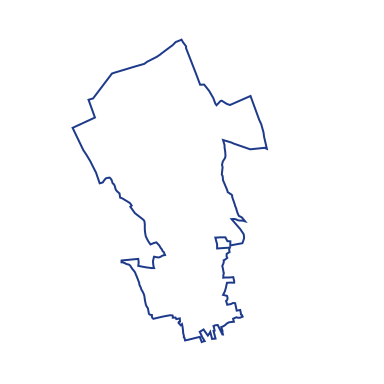 outline of Tixcacalcupul, Yucatán, Mexico, rotated 155°
{"feature_id": "50627088B72641444034530", "entity_name": "Tixcacalcupul", "entity_type": "district", "adm_level": 2, "iso_a3": "MEX", "parent_name": "Mexico", "parent_adm1": "Yucatán", "projection": "robinson", "projection_center": [-88.305, 20.412], "detail": "fine", "context": "isolated", "style": "outline", "palette": "blue", "viewbox_px": 384, "rotation_deg": 155, "n_neighbors": 0, "source": "geoboundaries", "source_scale": "gbopen_adm2", "svg_char_len": 5822}
<svg xmlns="http://www.w3.org/2000/svg" viewBox="0 0 384 384"><g transform="rotate(155 192 192)"><path d="M273.1,300.6L272.8,275.8L272.0,270.7L271.2,263.2L270.8,249.9L271.0,248.2L272.0,238.9L270.5,238.6L270.0,238.5L269.4,238.5L268.8,238.4L268.5,238.5L267.9,239.0L266.7,239.6L266.3,239.9L265.6,240.2L265.0,240.5L264.5,240.7L264.2,240.7L263.3,240.7L262.7,240.5L262.4,240.4L262.1,240.2L261.8,240.2L261.1,240.1L260.9,240.0L260.5,239.7L259.9,237.9L259.8,237.4L259.9,236.5L259.9,235.5L260.2,234.2L260.2,233.3L259.8,232.5L259.5,232.1L259.5,231.0L259.5,229.8L259.5,229.6L259.7,229.0L259.9,227.9L260.0,226.9L260.1,226.2L260.0,225.8L259.8,225.0L259.7,224.7L259.6,224.2L259.4,223.7L259.0,223.0L258.8,222.3L258.7,222.1L258.6,221.9L258.3,221.4L258.4,221.1L259.5,217.3L258.1,215.9L257.6,215.3L257.0,214.4L253.3,208.8L252.9,208.0L252.7,207.3L252.6,206.2L252.4,205.2L254.1,204.7L252.7,197.0L248.9,189.6L247.7,187.1L247.5,185.9L247.7,184.7L248.0,184.1L248.2,183.4L248.6,182.2L249.2,181.1L250.8,177.5L251.8,174.5L252.0,173.7L252.6,171.5L252.6,168.3L252.4,165.4L252.2,164.2L251.8,162.0L248.8,161.9L248.2,161.9L247.9,161.8L247.3,161.7L246.4,161.6L245.5,161.3L245.2,160.1L244.7,158.7L244.6,158.4L244.4,157.9L244.3,157.4L244.2,156.5L244.2,156.4L244.1,155.5L244.0,154.2L243.8,153.7L243.6,152.9L243.6,152.2L243.6,151.3L243.6,150.9L243.3,150.1L243.0,149.4L242.9,148.9L243.0,148.5L243.0,148.3L243.1,147.5L243.0,147.0L243.0,146.8L243.1,146.2L243.9,146.5L244.3,146.6L245.8,146.8L246.2,146.8L247.2,146.6L247.7,146.6L248.3,146.6L248.5,146.6L249.0,146.6L249.5,146.7L249.9,146.8L250.3,147.0L250.7,147.3L250.9,147.4L251.7,147.9L252.3,148.3L252.5,148.5L252.8,148.8L253.8,149.4L256.6,145.8L257.5,143.4L258.1,141.5L258.4,140.4L258.5,139.1L261.1,140.3L263.7,142.0L265.3,143.0L271.9,147.7L270.0,150.9L269.0,154.1L284.8,159.7L285.6,158.1L285.1,157.8L284.3,157.3L283.8,156.7L282.9,156.0L282.3,154.9L281.7,154.4L281.4,154.0L281.1,153.8L280.8,153.6L280.2,153.1L279.8,152.7L279.5,152.2L279.1,151.3L279.0,150.2L278.9,149.4L278.7,148.9L278.7,148.1L278.5,147.0L278.3,146.4L278.1,145.9L278.0,145.4L277.6,143.3L277.6,142.7L277.7,141.4L277.8,140.8L277.8,139.7L277.7,139.0L277.9,138.1L277.9,136.6L278.1,134.7L278.2,132.3L278.4,131.6L278.6,131.3L278.8,130.3L278.9,129.5L278.8,128.8L278.9,128.3L278.8,127.9L278.8,127.5L278.9,126.7L279.0,125.9L279.1,125.0L279.0,123.7L278.9,123.2L278.8,121.9L278.8,120.5L279.1,118.0L280.4,113.8L281.5,109.1L281.4,107.0L281.3,106.2L281.1,105.3L281.3,104.5L282.5,99.9L282.1,98.7L280.3,97.4L281.1,95.9L281.1,94.6L280.6,93.4L271.4,91.5L264.8,89.8L263.4,89.3L261.8,88.3L262.0,87.1L262.3,86.5L262.5,86.2L260.0,85.2L259.9,83.4L256.5,82.6L257.6,79.6L258.8,79.8L259.5,79.2L259.3,78.3L258.6,76.0L256.9,76.5L257.6,73.6L258.5,70.8L259.8,67.3L260.0,65.5L260.8,63.7L260.4,63.3L261.0,60.4L257.4,59.6L252.3,58.6L248.2,57.8L246.2,57.4L246.6,51.9L244.7,51.8L243.6,51.5L243.7,53.2L244.1,56.5L244.0,58.6L244.0,59.9L244.1,62.0L239.6,62.5L239.2,59.9L238.3,55.2L237.1,55.8L235.7,56.7L234.6,57.5L235.9,50.3L235.0,50.1L234.4,49.8L234.0,49.8L233.6,49.5L232.6,49.2L231.2,57.0L230.1,56.8L229.3,60.1L229.2,61.4L227.4,61.4L224.9,60.6L224.7,51.6L224.7,50.1L224.2,49.8L223.8,51.7L223.0,53.4L222.6,57.2L220.8,57.1L218.5,57.3L216.0,58.1L213.7,58.3L210.8,57.4L208.9,56.7L208.3,59.8L204.7,59.7L203.5,58.6L201.7,57.8L198.8,57.6L198.7,59.2L199.4,60.3L198.8,62.0L198.2,64.7L201.6,65.6L199.9,73.0L201.8,74.1L204.1,74.0L206.4,74.6L207.7,74.9L207.4,76.8L207.2,78.8L206.2,79.1L205.3,79.8L204.7,80.6L204.4,81.5L204.2,83.1L207.3,85.6L204.3,88.0L201.9,90.7L198.7,94.9L195.8,93.8L192.1,92.0L191.4,93.5L190.6,97.4L192.6,98.1L195.8,99.4L197.8,100.4L199.9,101.1L198.6,103.6L197.4,105.0L197.4,105.6L196.4,109.4L195.8,112.2L193.9,113.8L192.6,115.4L192.2,116.7L191.0,116.7L187.9,117.4L187.8,119.3L186.7,121.3L183.3,121.7L182.7,124.1L181.2,125.6L193.1,130.2L191.2,134.4L190.9,136.7L190.1,140.8L187.5,139.7L185.8,139.1L180.9,136.8L180.7,132.5L178.1,131.1L179.9,127.4L168.0,124.3L167.5,124.7L167.1,125.2L166.6,125.6L166.0,126.3L164.7,127.7L164.1,128.5L163.0,131.9L164.0,138.2L164.3,139.2L167.6,150.7L167.0,150.5L166.3,150.2L165.6,149.9L164.9,149.6L164.5,149.3L164.2,149.0L163.4,148.3L163.2,148.0L163.0,147.7L162.9,147.5L162.3,147.0L161.8,146.6L160.9,146.0L160.4,145.7L159.6,145.4L159.0,145.0L158.4,144.7L157.7,144.3L156.9,143.5L156.3,143.0L156.5,143.8L156.6,144.1L156.7,144.6L156.8,144.9L156.9,145.4L157.1,146.0L157.2,146.6L157.3,147.0L157.4,147.3L157.4,147.5L157.8,148.1L158.0,148.5L158.4,149.1L159.1,149.8L159.5,150.2L159.7,151.7L159.6,152.5L159.6,153.2L159.6,153.4L159.6,153.8L159.6,154.0L159.5,154.5L159.4,155.6L159.3,155.9L159.3,156.5L159.2,157.2L159.0,157.6L158.9,158.3L158.9,158.5L158.9,159.2L158.8,159.6L158.8,159.9L158.8,160.2L158.8,160.7L158.8,161.2L158.6,162.1L158.4,163.2L158.4,164.1L158.3,164.7L158.2,165.3L158.1,166.2L158.1,166.9L158.0,167.3L158.0,167.9L157.8,169.2L157.7,170.0L157.7,170.7L157.4,171.2L157.1,171.7L157.1,172.0L157.1,172.3L157.3,172.8L157.4,173.1L157.6,173.5L158.1,174.0L158.3,174.5L158.7,175.3L159.1,175.8L159.5,176.5L159.7,176.8L159.7,177.1L159.5,177.7L159.3,178.9L158.9,189.6L157.5,193.5L157.6,195.3L153.8,201.5L153.3,204.0L151.1,206.7L149.5,207.7L147.5,209.0L146.3,210.8L144.9,214.4L143.6,218.8L142.7,220.7L141.9,226.0L135.2,220.0L133.9,218.4L121.2,206.1L107.4,201.3L106.8,200.5L105.9,199.5L103.3,211.7L102.0,215.8L101.3,220.1L100.6,224.1L100.6,228.9L100.5,229.9L98.4,254.3L120.8,254.8L123.2,257.1L126.5,262.2L127.7,262.4L133.1,260.3L133.5,262.3L133.0,268.3L133.2,270.2L133.7,276.3L135.6,284.2L139.3,285.8L138.6,294.4L137.7,307.8L136.6,325.0L135.8,326.4L136.2,328.4L136.9,331.6L137.1,334.5L138.5,334.5L143.4,334.8L147.7,333.2L152.3,332.3L161.4,330.4L162.3,330.1L166.6,329.4L177.6,329.0L181.2,328.3L189.2,329.6L194.5,330.4L198.1,330.9L211.1,332.8L214.5,333.2L242.1,318.6L246.8,319.3L248.5,300.5L273.1,300.6Z" fill="none" stroke="#1e3a8a" stroke-width="2"/></g></svg>